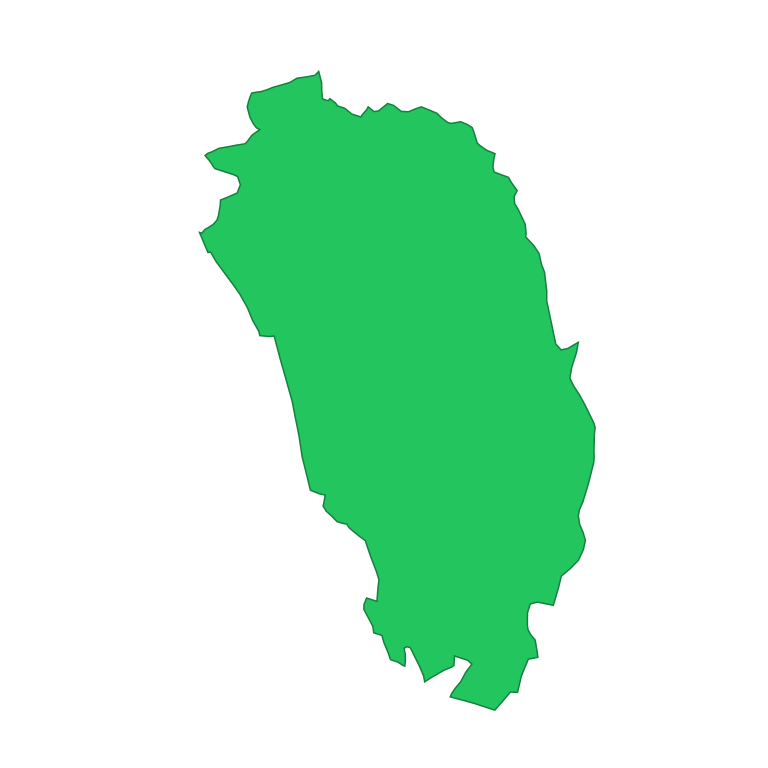 outline of Sharbazher, As-Sulaymaniyah, Iraq, rotated 18°
{"feature_id": "34846034B48461077478738", "entity_name": "Sharbazher", "entity_type": "district", "adm_level": 2, "iso_a3": "IRQ", "parent_name": "Iraq", "parent_adm1": "As-Sulaymaniyah", "projection": "mercator", "projection_center": [45.575, 35.704], "detail": "fine", "context": "isolated", "style": "filled", "palette": "green", "viewbox_px": 768, "rotation_deg": 18, "n_neighbors": 0, "source": "geoboundaries", "source_scale": "gbopen_adm2", "svg_char_len": 3122}
<svg xmlns="http://www.w3.org/2000/svg" viewBox="0 0 768 768"><g transform="rotate(18 384 384)"><path d="M514.7,654.7L519.5,648.8L529.4,637.8L535.6,632.5L537.5,630.2L535.1,620.9L544.1,620.9L548.9,620.9L554.1,623.2L550.8,633.1L548.9,643.6L545.6,651.8L544.1,657.0L543.7,661.1L555.1,660.5L568.3,659.9L581.2,659.9L590.2,659.9L594.0,651.2L599.4,637.9L606.3,636.0L604.9,619.7L605.4,611.6L605.8,607.5L606.3,601.1L614.8,596.4L612.9,592.3L608.7,584.2L606.8,580.7L601.1,577.2L596.8,573.1L594.9,569.0L593.0,563.2L591.1,556.8L591.1,548.0L597.3,544.0L613.4,542.2L612.9,523.6L612.0,511.9L618.2,502.0L623.4,491.5L624.8,479.8L623.9,470.5L619.1,463.5L613.4,457.0L609.6,449.4L608.7,443.0L609.6,434.8L609.2,415.0L608.9,410.9L608.2,400.4L607.7,393.4L606.3,388.1L604.4,382.9L599.7,367.1L598.2,360.1L595.9,356.6L586.9,347.2L581.2,341.4L573.1,333.8L565.0,327.3L558.9,320.9L557.9,313.5L557.4,310.4L557.4,301.0L557.4,295.2L555.9,284.3L547.7,293.5L541.9,296.8L535.0,292.9L521.1,268.6L513.1,254.8L509.9,244.9L502.0,227.9L496.6,221.3L491.3,212.1L483.9,206.2L473.2,200.3L472.7,197.0L469.0,188.5L457.8,176.6L452.5,172.0L449.8,165.5L450.9,158.9L442.9,153.0L438.6,149.0L423.2,148.4L420.5,143.8L418.9,135.9L418.4,130.6L409.4,130.0L400.9,127.3L398.2,126.0L391.8,116.8L388.6,112.9L383.3,111.5L375.8,110.9L367.3,115.5L363.1,115.5L358.6,113.8L356.2,112.9L350.8,110.2L343.9,109.6L333.8,108.9L328.5,112.9L323.2,117.5L316.2,119.4L307.2,116.1L300.8,116.1L298.2,120.1L294.4,126.0L290.2,128.0L283.3,125.3L282.7,128.6L280.1,134.6L279.5,137.2L276.3,137.2L270.0,137.2L261.4,133.9L254.0,133.9L251.3,131.9L244.4,129.3L243.3,131.9L237.5,131.9L234.3,124.7L231.6,116.8L225.3,106.9L222.9,111.8L215.3,115.9L206.8,120.0L201.1,126.5L186.4,136.4L181.6,140.5L176.4,144.1L172.6,145.8L168.3,148.2L167.9,152.3L167.9,157.5L168.3,162.8L174.0,171.6L179.3,176.9L183.5,179.8L187.3,180.4L181.6,188.0L178.8,196.2L177.4,198.6L169.3,202.7L163.1,206.2L154.1,210.9L148.9,216.1L145.1,219.1L143.2,222.0L148.9,225.5L156.5,231.4L168.3,231.4L175.9,231.4L180.7,231.9L185.4,238.3L185.9,239.0L185.4,245.4L185.4,247.7L180.7,251.8L177.4,254.8L171.7,259.5L173.1,265.3L174.5,274.7L174.5,279.9L172.1,285.2L168.3,289.9L166.0,292.2L164.1,296.9L161.7,296.9L168.8,305.1L175.9,313.3L178.3,312.1L186.8,319.7L210.6,336.7L219.1,343.1L230.5,353.6L239.5,364.2L249.0,372.9L250.9,376.4L260.9,374.1L264.7,372.3L277.9,392.8L289.3,409.7L292.2,414.1L302.1,429.0L311.2,445.4L318.8,458.8L328.7,478.6L334.9,488.5L341.5,499.1L346.8,507.8L356.7,508.4L362.4,507.8L363.4,514.8L363.8,518.9L368.6,523.0L372.8,524.7L381.9,529.4L387.1,529.4L391.8,528.8L395.6,531.7L401.3,534.0L407.5,536.4L414.6,538.7L417.9,543.2L425.0,552.7L434.5,564.4L439.8,571.9L441.2,579.5L444.0,591.1L444.5,592.9L444.0,592.9L438.3,592.9L433.6,592.9L433.2,598.4L433.1,599.9L433.2,600.2L434.5,604.6L445.4,615.1L448.3,618.0L451.1,623.8L459.7,623.8L464.0,630.2L471.1,638.4L474.9,643.6L475.8,644.2L482.9,644.2L489.6,645.9L490.6,645.9L491.0,645.9L490.6,644.1L490.1,641.3L487.7,634.3L486.3,632.0L485.4,630.3L484.8,629.0L485.4,628.4L487.2,626.7L490.5,626.7L504.8,641.3L511.9,649.4L513.8,653.0L514.7,654.7Z" fill="#22c55e" stroke="#15803d" stroke-width="1.5"/></g></svg>